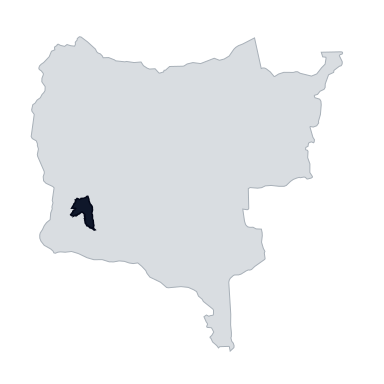 location of Lisala, Équateur, Democratic Republic of the Congo, rotated 267°
{"feature_id": "63176286B55618881730154", "entity_name": "Lisala", "entity_type": "district", "adm_level": 2, "iso_a3": "COD", "parent_name": "Democratic Republic of the Congo", "parent_adm1": "Équateur", "projection": "orthographic", "projection_center": [20.812, 2.549], "detail": "fine", "context": "in_parent", "style": "filled", "palette": "ink", "viewbox_px": 384, "rotation_deg": 267, "n_neighbors": 0, "source": "geoboundaries", "source_scale": "gbopen_adm2", "svg_char_len": 7719}
<svg xmlns="http://www.w3.org/2000/svg" viewBox="0 0 384 384"><g transform="rotate(267 192 192)"><path d="M342.6,262.5L311.7,267.6L312.2,269.3L311.9,271.2L311.1,272.6L307.9,276.4L303.1,280.0L303.1,280.8L305.3,284.7L306.7,290.0L306.1,299.4L306.7,302.0L306.5,303.9L304.9,306.2L301.5,317.4L303.4,322.8L309.3,327.9L312.7,331.6L318.7,332.9L319.6,332.7L320.1,329.6L324.8,328.4L324.2,348.3L323.8,349.4L322.9,349.7L321.8,349.0L321.5,347.1L320.3,346.3L314.4,348.8L312.9,348.8L311.4,348.4L310.2,347.4L309.9,345.8L306.0,340.1L304.0,339.7L301.9,334.5L292.9,330.7L289.4,330.4L287.6,329.2L285.9,325.1L282.9,322.5L282.2,319.5L281.6,319.1L279.7,319.7L278.0,324.4L275.9,325.5L272.2,325.6L262.7,324.3L256.0,322.0L254.3,322.1L251.6,320.0L250.5,316.4L251.2,313.6L250.7,313.2L240.3,315.6L237.8,317.0L235.5,316.6L234.8,315.9L235.8,314.0L235.3,311.9L234.6,310.9L231.5,310.2L230.6,308.0L228.7,307.6L228.1,308.0L227.6,309.5L226.5,310.0L220.3,309.3L213.9,311.2L205.3,310.7L201.1,313.1L200.5,313.0L199.7,311.8L198.9,308.0L199.3,307.0L200.6,306.2L201.1,304.7L200.6,300.8L201.0,299.8L200.5,297.5L199.3,293.9L197.5,291.0L193.6,286.5L192.9,284.4L193.1,279.4L194.4,271.5L194.3,265.6L192.7,261.8L192.4,257.7L193.4,250.2L192.4,248.4L172.6,247.8L171.8,247.3L171.4,246.2L172.3,241.8L160.2,242.9L156.6,243.8L154.4,245.6L153.7,247.8L153.6,251.1L151.8,254.1L151.3,259.3L147.9,259.9L144.6,259.9L138.2,258.8L131.9,260.3L128.9,261.7L127.3,261.0L121.6,261.5L120.9,261.1L114.4,250.8L111.5,247.4L111.0,245.7L111.2,244.1L110.4,242.0L107.4,236.6L106.8,234.2L106.9,230.3L106.5,229.0L103.8,225.7L102.0,224.6L100.0,224.0L67.8,224.3L57.1,223.6L49.3,224.0L45.4,223.7L44.3,223.2L40.8,223.9L38.9,225.3L36.2,226.0L34.4,225.7L31.1,221.8L35.6,221.2L35.9,220.8L36.1,211.6L34.9,210.3L37.3,208.7L41.2,204.7L45.0,203.2L45.5,202.4L46.3,202.5L47.7,204.2L51.0,206.4L55.1,204.5L55.5,203.9L56.0,200.0L57.1,199.6L58.8,200.5L59.8,200.5L61.6,199.4L66.8,197.4L68.4,200.0L67.0,202.3L67.6,203.9L67.8,206.4L68.6,207.0L72.8,207.3L74.0,206.7L82.1,197.6L84.3,196.6L87.7,193.0L92.3,191.4L94.3,188.5L96.9,183.4L98.1,176.1L97.6,163.4L98.0,161.6L103.5,155.9L109.2,145.5L113.1,142.8L116.0,141.7L120.5,137.9L124.0,134.1L123.6,129.5L124.4,125.6L126.3,120.8L127.0,115.6L126.3,110.2L126.6,105.7L129.2,98.7L129.5,90.5L131.9,83.7L136.6,75.0L138.9,68.6L138.5,62.2L139.1,57.5L138.9,54.8L138.0,52.4L138.4,50.9L140.2,50.2L142.5,47.9L146.5,41.6L150.8,38.6L153.8,37.6L157.0,37.7L159.0,38.3L162.3,40.7L166.1,42.7L169.0,45.1L171.8,48.9L178.5,49.8L181.4,51.1L183.1,51.6L183.8,51.3L185.2,51.5L188.4,52.6L190.9,52.0L203.4,54.5L204.8,53.2L208.3,46.7L210.9,44.4L215.1,44.2L218.5,45.5L220.2,45.5L235.5,39.8L237.5,39.5L243.0,40.9L246.6,40.0L248.1,40.2L251.2,39.2L253.7,35.3L255.8,34.3L277.7,38.5L281.0,36.4L282.6,36.2L287.5,37.6L289.0,40.0L291.9,42.1L294.1,45.5L297.3,47.4L299.0,49.2L300.9,50.5L304.9,50.9L309.9,47.8L313.4,48.1L317.0,49.7L318.2,49.7L320.9,47.8L322.3,45.9L323.7,45.5L325.8,46.3L327.5,48.1L329.1,50.7L334.6,56.5L339.9,59.0L341.2,62.5L343.1,62.2L344.1,62.5L345.4,64.8L346.4,65.2L346.6,66.2L345.3,68.3L344.1,72.4L345.8,74.9L344.4,78.6L343.8,82.4L345.5,83.3L347.7,83.3L349.7,85.2L351.3,85.5L352.9,87.6L352.6,89.3L347.4,95.5L339.7,103.1L337.1,104.1L335.7,105.5L334.7,107.7L332.5,109.6L330.7,110.3L330.6,115.8L328.0,121.5L327.0,122.6L325.5,131.8L325.8,133.4L324.3,140.9L324.5,147.9L320.7,150.1L318.1,153.6L317.0,155.9L317.0,161.6L312.7,165.1L312.4,165.9L313.4,169.9L315.0,170.5L315.0,171.9L318.5,176.2L318.1,189.4L318.3,190.7L320.1,193.8L321.2,199.7L319.8,207.3L324.4,221.2L322.1,226.3L323.1,231.1L325.8,236.2L332.3,241.2L334.1,243.2L335.7,246.0L337.1,250.3L342.6,262.5Z" fill="#d9dde1" stroke="#a8b0b8" stroke-width="1"/><path d="M193.0,87.7L192.9,87.6L193.0,87.5L193.0,87.2L193.1,86.8L193.1,86.7L192.7,86.3L192.5,86.2L192.2,86.0L192.1,85.8L192.1,85.4L192.0,85.0L191.7,84.6L191.4,83.5L191.4,82.0L191.4,80.8L191.0,80.6L190.8,80.5L190.8,80.4L190.5,79.8L190.4,79.5L190.4,79.3L190.4,79.1L190.5,78.8L190.8,78.6L191.1,78.0L191.2,77.9L191.3,77.5L191.4,77.3L191.6,76.9L191.4,76.7L191.1,76.5L191.0,76.4L190.8,76.1L190.6,75.9L190.2,75.5L190.2,75.4L190.2,75.1L189.9,75.2L189.9,75.3L189.8,75.2L189.7,75.2L189.7,75.3L189.6,75.2L189.3,75.3L189.3,75.2L189.1,75.2L188.9,75.1L188.7,75.1L188.3,75.1L188.2,75.0L188.0,74.8L187.7,74.9L187.6,74.7L187.4,74.7L187.0,74.3L186.9,74.3L186.8,74.1L186.7,74.1L186.6,73.9L186.4,73.6L186.2,73.6L186.1,73.4L185.9,73.5L185.5,73.3L185.4,73.2L185.2,73.0L184.9,72.8L184.7,72.8L184.6,72.7L184.4,72.6L184.2,72.4L183.9,72.3L183.9,72.1L183.7,72.0L183.6,71.9L183.4,71.8L183.0,71.7L182.8,71.6L182.8,71.4L182.6,71.3L182.4,71.2L182.1,71.0L182.1,71.4L182.1,72.2L181.9,72.6L181.9,73.1L181.8,75.0L181.7,75.1L180.0,73.7L180.0,73.0L179.9,72.8L179.8,72.7L178.9,71.9L178.7,71.9L178.4,72.1L178.1,72.1L178.0,71.9L177.7,71.6L177.5,71.3L177.4,71.2L177.3,70.9L176.7,70.7L176.3,70.3L176.2,70.0L176.1,69.9L176.0,69.7L175.9,69.6L175.6,69.7L175.6,69.9L175.4,69.8L175.3,70.0L175.2,70.2L175.0,70.3L174.9,70.4L174.7,70.6L174.7,70.9L174.6,71.1L174.6,71.4L174.6,71.6L174.6,71.8L174.6,72.0L174.4,72.4L174.5,72.6L174.4,72.7L174.2,72.6L174.5,73.2L174.5,73.4L174.6,73.5L174.7,73.8L174.5,74.0L174.5,74.3L174.6,74.5L174.4,74.7L174.8,74.8L174.6,75.2L174.6,75.3L174.8,75.4L174.9,75.5L174.7,75.8L174.8,75.9L175.0,75.9L175.2,76.0L175.1,76.3L175.3,76.4L175.2,76.5L175.3,76.7L175.5,76.8L175.6,76.7L175.8,76.8L175.8,77.1L175.9,77.3L175.8,77.5L175.9,77.8L175.9,78.0L176.2,78.3L176.3,78.4L176.2,78.5L176.3,78.7L176.4,78.8L176.6,79.0L176.9,79.4L177.1,79.6L177.2,79.9L177.4,80.1L177.5,80.2L177.6,80.4L177.7,80.5L177.8,81.0L177.6,81.3L177.1,82.2L176.9,82.4L176.6,82.4L176.2,82.8L176.0,83.1L175.9,83.3L175.6,83.3L175.5,83.5L175.4,83.7L175.2,83.7L174.9,83.8L174.8,83.7L174.8,83.3L174.5,83.3L174.4,83.3L174.2,83.6L173.7,83.8L173.6,83.6L173.7,83.4L173.3,83.4L173.1,83.4L173.1,83.5L172.9,83.5L172.6,83.7L172.3,83.8L172.1,83.8L172.0,83.6L171.9,83.6L171.8,83.8L171.7,83.9L171.5,83.7L171.4,83.7L171.2,83.8L171.1,84.0L170.9,84.1L170.9,83.9L170.9,83.7L170.7,83.6L170.7,83.4L170.4,83.6L169.8,83.4L169.7,83.6L169.2,83.5L168.9,83.6L168.6,83.5L168.1,83.7L168.0,83.8L167.6,83.7L167.3,84.0L167.2,84.0L167.1,83.7L166.8,83.7L166.6,83.8L166.7,84.0L166.3,83.9L166.2,83.9L166.0,84.1L165.6,84.3L165.5,84.5L165.2,84.7L165.0,84.9L164.7,84.9L164.5,85.0L164.0,85.0L163.9,85.1L164.1,85.3L164.1,85.6L164.1,85.8L163.9,85.9L163.9,86.0L164.0,86.1L163.7,86.3L163.5,86.6L163.4,86.6L163.2,86.5L162.9,87.0L163.0,87.2L162.7,87.4L162.6,87.7L162.6,87.8L162.3,87.7L162.2,87.7L162.0,87.8L161.9,87.9L161.8,88.1L161.6,88.2L161.5,88.3L161.5,88.5L161.5,88.8L161.4,88.9L161.3,89.2L161.2,89.3L161.3,89.8L161.2,89.8L160.9,90.1L161.0,90.3L161.1,90.5L160.9,90.5L160.9,90.4L160.7,90.5L160.6,90.9L160.7,91.1L160.4,91.4L160.4,91.6L160.2,91.7L159.8,91.5L159.7,91.7L159.4,91.8L159.3,92.2L159.1,92.5L159.3,93.3L159.8,92.8L160.2,92.4L160.4,92.1L160.8,91.9L161.9,91.8L162.4,91.8L162.8,91.9L163.4,92.3L164.0,92.1L164.4,92.2L165.1,92.0L165.6,92.0L166.0,91.9L166.3,91.9L166.6,91.9L166.8,92.0L167.1,92.0L167.3,91.9L167.8,91.9L168.1,91.9L168.8,91.9L169.3,91.7L169.5,91.6L170.1,91.3L170.5,91.2L171.1,91.3L171.4,91.2L172.1,91.3L172.3,91.4L173.1,91.3L173.4,91.4L174.1,91.3L174.4,91.3L174.7,91.3L174.9,91.0L175.0,91.0L175.0,90.9L176.0,90.8L176.3,90.7L176.8,90.9L177.2,91.2L177.5,91.1L177.8,91.2L177.8,91.3L178.0,91.3L178.6,91.6L178.8,91.5L179.0,91.6L179.4,91.7L180.0,91.7L180.3,91.7L180.5,91.6L181.1,91.6L181.3,91.5L181.6,91.5L181.8,91.7L182.1,91.7L182.3,91.6L182.7,91.5L183.2,91.4L183.7,90.9L184.0,90.8L184.2,90.7L184.4,90.6L184.4,90.4L185.0,90.1L185.2,89.9L185.7,89.6L186.2,89.4L186.4,89.4L186.6,89.3L186.7,89.2L187.7,89.0L187.8,88.9L188.4,88.7L189.4,88.7L189.7,88.7L190.2,88.5L190.5,88.5L190.8,88.5L192.2,88.0L192.4,88.0L192.4,87.9L193.0,87.7Z" fill="#0f172a" stroke="#020617" stroke-width="1.5"/></g></svg>